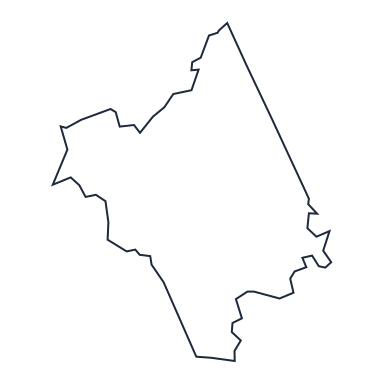 Nelson, Virginia, United States of America (Albers equal-area conic projection)
{"feature_id": "52423323B66459643896868", "entity_name": "Nelson", "entity_type": "district", "adm_level": 2, "iso_a3": "USA", "parent_name": "United States of America", "parent_adm1": "Virginia", "projection": "albers", "projection_center": [-78.88, 37.792], "detail": "fine", "context": "isolated", "style": "outline", "palette": "slate", "viewbox_px": 384, "rotation_deg": 0, "n_neighbors": 0, "source": "geoboundaries", "source_scale": "gbopen_adm2", "svg_char_len": 911}
<svg xmlns="http://www.w3.org/2000/svg" viewBox="0 0 384 384"><path d="M329.5,231.1L316.4,236.7L307.4,228.2L308.9,213.3L317.1,213.7L308.2,204.2L308.9,198.7L271.9,118.9L246.8,65.9L227.2,23.0L219.1,30.3L217.5,32.8L209.0,35.5L200.7,57.7L192.2,62.2L191.4,70.3L198.6,69.6L191.5,90.2L173.3,94.0L164.4,107.2L152.9,116.7L140.0,132.8L134.0,125.0L119.7,126.6L115.7,112.1L110.5,109.0L81.2,119.8L66.3,127.9L60.7,126.4L67.4,149.6L52.8,184.7L70.7,177.4L79.3,185.2L85.6,196.9L95.9,194.8L105.5,201.2L108.4,222.4L107.6,239.7L126.6,251.4L135.3,249.6L139.7,254.8L150.2,256.1L151.6,264.7L163.6,282.2L196.3,356.7L211.4,357.8L234.7,361.0L234.5,350.9L240.8,340.5L231.8,332.1L232.5,323.0L241.9,318.3L235.9,299.1L247.4,291.6L254.0,291.6L279.5,298.5L293.5,292.7L290.2,278.6L294.7,271.4L306.3,267.2L302.4,257.8L312.1,255.6L318.8,266.2L325.3,267.6L331.2,262.2L323.2,250.7L329.5,231.1Z" fill="none" stroke="#1e293b" stroke-width="2"/></svg>